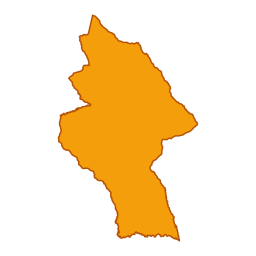 Ribas do Rio Pardo, Mato Grosso do Sul, Brazil (Albers equal-area conic projection)
{"feature_id": "56859067B15535908000846", "entity_name": "Ribas do Rio Pardo", "entity_type": "district", "adm_level": 2, "iso_a3": "BRA", "parent_name": "Brazil", "parent_adm1": "Mato Grosso do Sul", "projection": "albers", "projection_center": [-53.536, -20.581], "detail": "fine", "context": "isolated", "style": "filled", "palette": "amber", "viewbox_px": 256, "rotation_deg": 0, "n_neighbors": 0, "source": "geoboundaries", "source_scale": "gbopen_adm2", "svg_char_len": 5819}
<svg xmlns="http://www.w3.org/2000/svg" viewBox="0 0 256 256"><path d="M136.8,42.6L133.9,44.0L132.4,43.1L130.2,43.6L128.5,43.3L127.2,42.4L122.8,42.4L121.2,41.3L119.1,41.1L117.7,39.7L117.0,38.6L115.5,37.4L114.2,34.4L113.4,34.2L112.6,33.3L108.0,31.5L107.2,30.0L102.8,26.7L101.7,25.1L100.7,24.6L99.5,20.8L97.1,18.1L95.1,16.2L92.6,15.4L88.4,33.8L86.2,35.1L84.2,34.5L83.3,34.7L82.3,35.9L80.3,35.9L79.4,36.7L80.1,38.9L79.8,39.4L79.8,40.9L80.3,41.2L81.0,42.3L81.1,44.5L81.9,46.0L81.6,46.7L81.7,48.2L82.7,50.9L84.1,51.6L86.3,55.5L86.7,55.8L87.1,57.7L88.1,59.0L88.0,59.5L88.4,60.3L89.3,65.1L88.0,65.1L87.9,65.5L85.2,65.3L83.8,65.6L82.9,67.6L83.1,69.1L81.2,71.0L73.4,73.3L73.0,75.0L70.3,76.6L68.8,78.3L70.9,81.0L71.9,81.6L72.6,84.2L72.5,84.9L72.8,85.6L74.1,86.9L74.3,88.0L75.4,88.4L76.0,89.5L76.8,89.8L78.0,91.2L77.9,92.4L78.5,93.3L78.2,93.6L78.4,94.0L79.3,93.8L79.7,95.0L80.5,95.3L80.6,96.0L80.3,96.5L80.7,96.9L80.1,97.7L80.1,98.7L80.8,98.9L80.6,99.2L81.0,99.4L82.7,99.6L83.5,101.1L84.2,101.3L84.9,102.1L87.5,102.3L88.2,103.5L89.2,103.5L90.0,104.1L90.0,104.7L90.5,104.6L90.3,105.5L89.9,105.8L88.8,105.3L87.7,105.8L87.7,105.4L87.4,105.3L86.4,106.2L85.6,106.1L84.6,106.7L82.3,106.7L81.8,107.5L80.7,108.1L79.9,107.8L78.7,108.6L78.2,108.0L78.0,108.5L78.0,109.5L76.9,109.7L76.8,109.2L76.5,109.2L76.6,108.8L76.1,109.1L76.3,110.0L75.6,109.9L75.1,110.5L75.2,110.9L74.2,111.1L73.3,110.7L73.0,110.8L73.1,111.6L71.3,111.4L70.8,112.3L70.0,112.4L69.4,112.0L68.8,112.7L67.2,112.6L66.9,112.8L67.5,113.2L67.2,113.5L66.3,113.2L65.6,114.2L64.8,114.6L64.3,113.9L64.1,114.2L63.4,113.6L62.7,114.6L62.2,114.5L62.1,115.0L61.7,114.8L61.2,115.2L61.2,115.5L60.6,115.3L60.4,115.6L60.7,115.9L60.6,118.5L59.5,123.2L59.8,125.6L60.5,126.9L60.8,129.1L61.3,130.1L60.7,132.4L59.7,134.1L59.4,136.3L58.8,136.8L58.5,137.9L58.9,141.8L59.9,142.1L61.6,143.6L62.0,146.3L62.7,146.9L63.3,148.5L66.2,150.2L67.7,149.9L68.4,150.2L70.0,151.4L70.5,152.5L72.5,155.1L76.9,157.4L77.4,159.9L78.7,161.5L78.8,164.7L80.1,165.4L82.3,168.1L84.0,168.6L85.3,168.2L88.2,168.4L90.5,170.5L93.1,171.2L93.6,171.8L93.7,172.6L94.7,174.6L94.2,175.3L94.6,176.3L94.3,177.1L94.5,177.4L95.6,178.4L96.4,178.4L97.0,179.5L98.7,180.6L101.2,180.5L103.4,181.6L103.4,182.4L104.1,183.8L104.5,183.6L105.5,184.4L105.4,185.3L106.4,186.8L106.6,188.3L108.4,189.5L109.7,191.4L110.7,192.1L111.0,193.2L110.7,194.6L111.0,197.2L111.6,197.6L111.4,198.0L112.2,199.8L112.2,200.6L112.8,201.0L113.2,202.4L114.4,203.9L115.0,205.1L115.5,206.9L115.4,208.1L115.7,208.4L115.6,209.3L116.3,209.9L116.8,211.3L117.5,211.7L117.2,213.6L117.4,213.9L117.7,213.7L117.9,214.0L117.5,216.4L117.0,216.8L117.5,217.6L116.6,218.3L116.3,219.4L116.7,219.6L116.4,220.5L115.7,220.7L115.4,221.9L115.8,222.1L115.4,222.3L115.6,223.0L116.7,223.2L117.7,223.8L117.8,224.2L117.5,224.4L118.6,226.7L117.9,229.0L118.8,230.1L118.4,230.7L118.7,231.2L118.2,231.6L118.5,232.0L119.2,232.1L119.0,232.8L118.4,233.3L117.8,233.0L117.2,234.5L118.7,236.5L119.7,236.0L120.2,236.2L120.2,236.6L119.7,236.6L119.7,237.1L120.3,237.7L121.5,238.1L122.3,237.9L122.5,237.2L122.9,237.2L124.0,237.3L124.3,237.7L128.3,235.8L129.0,236.3L128.9,236.7L129.9,237.1L130.2,236.8L129.9,236.3L130.3,235.8L131.3,235.5L131.7,234.8L132.6,234.2L134.7,234.4L135.3,232.4L136.3,232.0L137.2,233.4L137.9,233.4L138.8,232.9L139.8,233.9L141.1,233.7L141.4,234.7L142.5,234.9L142.8,234.6L143.8,235.5L144.8,235.5L144.8,236.6L145.3,236.8L146.0,236.5L147.1,236.9L147.3,235.6L147.8,235.1L148.8,235.8L150.4,235.4L150.9,236.2L151.3,236.3L152.9,235.2L154.2,235.9L154.3,236.7L154.9,237.0L155.9,236.3L156.1,235.2L158.2,234.0L160.1,234.9L160.2,235.8L161.2,236.6L162.4,236.0L163.5,236.3L164.0,235.4L165.4,234.5L166.1,235.0L167.1,236.3L168.6,235.5L170.6,235.9L171.4,237.0L172.4,237.1L172.9,237.9L174.4,238.3L174.6,238.8L175.1,238.9L175.5,238.1L176.0,238.0L176.4,238.8L177.0,239.3L177.8,239.3L178.3,240.1L179.3,240.6L179.4,239.8L178.5,237.7L178.8,236.5L177.8,234.5L178.0,233.4L177.5,231.3L177.0,229.2L176.3,228.3L176.8,227.1L176.3,226.1L175.2,226.7L175.0,226.2L175.5,225.3L174.4,223.7L174.3,223.0L173.7,221.8L174.0,220.9L173.0,219.1L173.9,218.6L174.1,217.7L173.8,216.5L172.8,215.8L172.6,214.5L171.5,213.8L170.8,212.6L170.5,211.1L169.7,210.5L169.3,208.1L168.1,206.6L168.0,205.6L167.8,205.4L167.9,204.4L167.2,203.3L167.7,201.6L167.5,201.2L166.7,200.8L166.3,198.9L166.6,197.8L165.9,197.2L166.3,196.1L165.9,195.3L165.7,192.7L165.3,192.0L165.6,190.7L164.9,189.7L165.3,189.3L165.1,188.0L164.0,187.3L163.1,185.9L161.8,184.7L161.5,183.9L160.7,183.0L160.1,180.1L157.4,178.0L157.3,177.2L156.4,175.7L155.0,174.2L154.7,172.6L154.0,172.1L153.5,172.2L153.0,171.4L152.2,171.5L151.3,170.6L150.4,169.6L149.9,167.6L150.3,166.4L151.5,165.1L151.9,164.3L152.0,162.9L152.8,162.3L153.3,160.8L156.1,159.5L157.3,157.9L161.7,153.9L161.8,151.2L162.6,146.9L161.6,144.7L161.4,143.1L161.9,141.9L161.9,140.4L162.6,139.5L166.7,139.6L169.3,138.1L170.9,138.7L172.9,137.1L175.4,135.9L179.0,135.8L182.9,134.9L185.3,133.2L189.9,131.4L192.6,129.0L193.7,127.6L196.8,125.3L197.5,123.9L196.9,122.3L195.2,120.8L195.1,119.8L193.4,116.7L192.6,114.5L189.5,113.6L189.1,112.4L188.0,112.1L186.1,109.8L186.1,109.3L185.1,109.2L184.0,106.0L183.2,106.1L182.3,104.7L180.7,103.8L179.8,103.7L178.7,102.9L178.5,102.3L177.9,102.4L176.3,101.6L175.8,100.6L174.1,99.2L173.4,98.0L172.7,97.9L172.1,96.6L171.2,96.0L170.9,93.3L169.9,92.3L169.6,91.4L170.2,88.5L170.6,88.2L169.9,86.2L168.6,84.6L168.6,83.8L167.6,83.2L167.6,82.4L165.7,80.9L164.4,80.5L164.2,79.0L162.2,75.7L161.3,71.9L160.5,71.0L158.8,70.2L157.7,68.6L156.6,67.7L155.2,67.7L154.0,66.4L153.5,65.5L153.6,64.7L152.8,63.6L151.8,63.1L150.6,60.9L150.7,60.2L149.7,58.7L149.6,58.0L148.0,56.4L148.0,55.1L147.2,54.9L146.6,53.7L146.2,53.5L145.8,54.0L145.1,54.0L142.8,52.5L142.0,50.7L141.2,49.5L141.0,47.7L140.5,47.1L140.5,46.0L138.9,44.1L138.4,42.9L137.4,43.1L136.8,42.6Z" fill="#f59e0b" stroke="#b45309" stroke-width="1.5"/></svg>